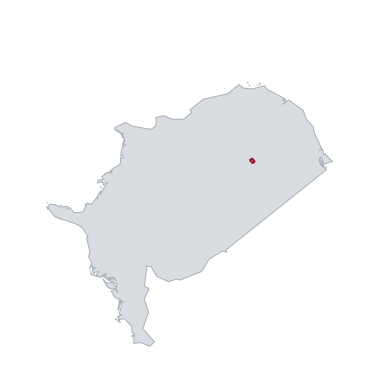 location of Bear Lake, Idaho, United States of America, rotated 143°
{"feature_id": "52423323B15127736824866", "entity_name": "Bear Lake", "entity_type": "district", "adm_level": 2, "iso_a3": "USA", "parent_name": "United States of America", "parent_adm1": "Idaho", "projection": "orthographic", "projection_center": [-111.379, 42.301], "detail": "fine", "context": "in_parent", "style": "filled", "palette": "rose", "viewbox_px": 384, "rotation_deg": 143, "n_neighbors": 0, "source": "geoboundaries", "source_scale": "gbopen_adm2", "svg_char_len": 4322}
<svg xmlns="http://www.w3.org/2000/svg" viewBox="0 0 384 384"><g transform="rotate(143 192 192)"><path d="M299.1,122.3L313.6,112.3L312.1,94.9L318.6,94.1L323.5,102.5L329.6,106.2L325.3,111.6L325.9,113.4L323.9,112.0L324.3,116.2L321.1,121.2L322.3,131.6L326.7,133.8L328.2,132.3L326.9,131.0L327.8,131.4L328.8,133.2L324.5,137.3L322.6,135.8L323.3,138.8L317.7,142.6L314.7,148.5L314.4,146.3L313.4,145.2L314.2,150.6L315.8,150.8L317.0,155.0L316.0,161.8L311.4,160.2L312.1,156.0L310.7,159.4L313.1,162.6L315.3,164.0L316.5,166.2L315.6,176.6L314.9,170.7L309.8,167.2L309.8,160.8L307.3,164.0L311.4,171.3L307.4,170.4L306.4,171.1L306.5,168.2L306.1,167.5L305.8,169.9L306.3,171.6L312.2,172.4L311.7,174.3L308.5,172.6L307.6,172.5L311.4,174.5L312.8,174.7L312.9,177.0L310.9,176.1L314.2,178.1L313.8,178.7L312.2,177.7L309.0,178.3L313.7,179.5L315.9,178.4L320.8,184.5L316.8,179.9L318.8,183.3L314.1,184.5L318.5,186.7L319.7,184.9L318.9,189.1L314.3,189.9L317.5,190.4L315.8,193.1L318.9,193.1L314.4,196.0L313.6,202.5L309.5,205.9L303.5,219.3L302.0,218.6L301.1,228.9L301.4,231.2L304.6,237.4L316.4,254.7L316.6,266.1L313.2,268.1L308.5,263.9L306.7,259.4L300.5,255.9L301.6,252.8L299.2,253.8L298.5,246.4L291.0,241.5L282.4,246.3L279.8,242.7L270.7,245.1L271.5,243.2L270.3,245.3L266.3,247.2L265.6,244.1L265.4,246.5L252.9,250.6L258.6,250.8L257.3,254.2L261.9,255.9L260.1,258.0L254.8,255.4L255.1,258.5L248.5,258.8L244.3,255.9L242.4,258.3L232.6,257.5L227.7,262.8L228.9,261.4L225.8,260.9L225.0,266.3L219.6,270.7L220.8,269.4L216.9,269.6L218.5,271.1L214.2,274.1L213.2,280.0L211.0,279.4L213.0,280.7L213.9,285.8L216.1,288.6L214.8,289.9L203.4,287.7L200.1,280.5L187.0,266.7L181.0,266.5L175.8,273.1L168.4,269.8L164.8,262.9L155.0,255.2L144.2,255.6L144.3,258.8L126.9,259.2L104.5,249.0L89.9,249.5L88.2,243.9L82.4,238.3L70.1,233.1L70.4,229.2L61.7,210.7L62.2,208.9L64.0,211.5L63.1,207.5L67.6,207.7L59.3,207.2L54.2,190.0L56.8,181.6L55.9,171.6L58.8,165.6L62.5,147.8L66.1,148.8L62.1,147.3L64.0,142.6L62.6,142.4L61.6,131.9L70.4,135.0L67.8,140.1L71.3,136.7L70.4,141.1L68.1,141.9L69.7,142.3L71.6,140.7L72.8,136.2L71.2,128.9L200.5,125.3L199.9,122.6L203.3,126.5L218.6,128.1L232.1,122.7L254.7,128.9L256.6,131.7L264.7,134.5L270.9,145.8L269.6,157.3L272.8,159.6L286.9,145.4L284.5,141.2L285.6,139.8L294.3,135.6L299.1,122.3ZM320.4,143.6L322.7,141.8L314.9,149.4L320.9,142.0L320.4,143.6ZM71.3,133.3L72.2,136.3L72.0,136.7L70.6,134.4L71.3,133.3ZM215.8,287.8L213.8,283.5L213.6,280.8L214.1,283.5L215.8,287.8ZM326.1,111.6L326.7,113.0L326.2,112.9L326.1,111.6ZM244.6,257.2L245.1,258.2L243.9,257.6L244.6,257.2ZM74.6,237.9L76.1,237.5L74.6,237.9ZM73.1,237.4L72.5,238.1L72.0,237.4L73.1,237.4ZM326.8,136.2L326.5,137.4L326.3,137.3L326.8,136.2ZM214.2,278.3L213.6,280.5L215.1,276.2L214.2,278.3ZM312.8,248.9L315.1,252.4L312.5,248.7L312.8,248.9ZM81.8,242.1L82.4,243.3L81.7,242.2L81.8,242.1ZM317.3,266.5L316.5,268.2L317.6,264.8L317.3,266.5ZM322.1,186.8L321.6,188.9L321.1,184.8L322.1,186.8ZM70.4,130.8L70.3,131.7L69.9,131.2L70.4,130.8ZM218.6,271.9L216.7,273.2L218.7,271.6L218.6,271.9ZM329.4,135.2L329.8,136.2L328.9,136.4L329.4,135.2ZM81.6,245.3L82.0,246.7L81.4,245.4L81.6,245.3ZM216.2,274.1L215.5,274.8L216.1,273.8L216.2,274.1ZM316.7,168.0L316.4,170.6L316.5,167.2L316.7,168.0ZM227.2,263.8L226.0,264.9L227.7,263.1L227.2,263.8ZM301.6,229.9L301.8,231.6L301.4,230.5L301.6,229.9ZM319.3,193.2L319.1,193.7L319.8,191.9L319.3,193.2ZM285.6,244.8L284.2,246.2L283.6,246.2L285.6,244.8ZM265.7,247.1L265.4,247.5L264.5,247.7L265.7,247.1ZM305.1,260.2L305.6,261.3L304.8,260.1L305.1,260.2ZM262.1,250.6L262.1,251.7L261.6,249.8L262.1,250.6ZM314.5,270.6L313.7,271.0L314.8,270.2L314.5,270.6ZM317.1,155.9L317.0,157.1L317.0,155.4L317.1,155.9ZM320.8,189.6L320.5,190.2L320.4,190.2L320.8,189.6Z" fill="#d9dde1" stroke="#a8b0b8" stroke-width="1"/><path d="M126.6,182.8L126.6,181.7L126.6,181.4L126.6,180.7L126.6,180.3L126.6,179.1L126.3,179.2L126.2,179.2L126.1,179.3L126.0,179.2L125.9,179.4L125.6,179.3L125.5,179.2L125.6,178.6L125.5,178.4L125.4,178.6L125.3,178.8L125.1,178.7L124.9,178.5L123.6,178.5L123.5,179.0L123.6,179.3L123.7,179.6L123.6,179.8L123.6,180.0L123.7,179.9L123.7,180.1L123.9,180.2L123.7,180.4L123.7,180.5L123.8,180.8L123.7,180.9L123.6,181.0L123.5,181.3L123.6,181.7L123.7,181.8L123.6,182.1L123.8,182.2L124.1,182.2L124.1,182.3L124.1,182.8L124.3,182.8L124.6,182.8L126.6,182.8Z" fill="#f43f5e" stroke="#9f1239" stroke-width="1.5"/></g></svg>